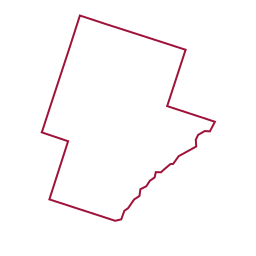 Redwood, Minnesota, United States of America, rotated 108°
{"feature_id": "52423323B50406906000435", "entity_name": "Redwood", "entity_type": "district", "adm_level": 2, "iso_a3": "USA", "parent_name": "United States of America", "parent_adm1": "Minnesota", "projection": "natural_earth1", "projection_center": [-95.193, 44.447], "detail": "fine", "context": "isolated", "style": "outline", "palette": "rose", "viewbox_px": 256, "rotation_deg": 108, "n_neighbors": 0, "source": "geoboundaries", "source_scale": "gbopen_adm2", "svg_char_len": 547}
<svg xmlns="http://www.w3.org/2000/svg" viewBox="0 0 256 256"><g transform="rotate(108 128 128)"><path d="M35.9,208.5L69.1,208.4L128.1,208.6L155.6,208.6L158.8,208.7L159.1,180.9L220.2,180.7L220.2,111.5L217.0,106.2L207.9,105.9L204.2,103.1L194.1,100.1L189.1,96.1L182.4,97.3L177.8,92.6L171.4,90.9L166.8,87.4L161.4,87.9L159.9,82.9L156.6,81.1L149.2,76.5L148.2,74.0L139.1,71.1L124.5,57.4L118.2,59.9L112.9,59.2L107.2,54.1L105.9,49.1L95.2,47.3L95.1,97.5L35.8,97.4L35.9,152.5L36.0,180.5L35.9,208.5Z" fill="none" stroke="#9f1239" stroke-width="2"/></g></svg>